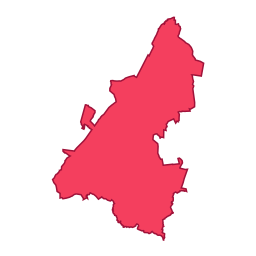 outline of Acambay de Ruíz Castañeda, México, Mexico, rotated 91°
{"feature_id": "50627088B16858103917717", "entity_name": "Acambay de Ruíz Castañeda", "entity_type": "district", "adm_level": 2, "iso_a3": "MEX", "parent_name": "Mexico", "parent_adm1": "México", "projection": "albers", "projection_center": [-99.804, 19.959], "detail": "fine", "context": "isolated", "style": "filled", "palette": "rose", "viewbox_px": 256, "rotation_deg": 91, "n_neighbors": 0, "source": "geoboundaries", "source_scale": "gbopen_adm2", "svg_char_len": 5779}
<svg xmlns="http://www.w3.org/2000/svg" viewBox="0 0 256 256"><g transform="rotate(91 128 128)"><path d="M105.6,61.8L101.3,61.8L87.5,63.9L84.8,63.0L83.3,64.2L80.4,63.3L77.9,64.1L74.1,64.7L73.8,65.0L73.7,63.9L74.8,55.6L61.9,53.5L60.1,56.9L58.8,61.8L57.8,62.2L57.4,62.1L56.9,62.7L56.4,62.9L55.0,64.2L54.3,64.4L53.8,64.9L50.1,64.6L47.1,65.8L45.8,66.6L43.4,68.7L41.6,72.1L40.7,72.7L37.8,76.8L37.5,77.5L36.0,79.3L35.4,79.5L34.7,79.5L33.9,78.9L32.4,78.4L30.5,78.1L30.2,77.8L27.8,77.1L27.2,77.4L25.6,77.7L24.9,78.9L23.0,79.4L23.6,81.6L23.3,82.4L19.4,82.5L19.3,83.7L16.6,83.6L16.6,84.5L18.0,87.3L18.4,89.8L18.8,90.5L19.2,90.2L19.7,90.6L19.8,90.5L20.5,91.5L20.2,91.9L21.4,93.1L21.5,92.9L22.1,93.3L22.5,93.0L23.5,93.5L23.0,94.4L24.2,96.3L26.7,97.9L28.0,98.5L28.1,99.2L28.3,99.3L30.3,99.5L31.7,100.2L34.0,101.0L37.8,103.0L39.7,103.7L40.6,104.3L41.3,104.5L42.6,105.3L43.6,105.4L43.9,105.0L45.8,103.8L48.7,104.9L49.5,105.4L55.6,108.2L54.6,109.2L77.2,120.3L76.1,122.6L75.4,122.8L76.8,127.8L78.0,131.0L78.3,131.6L79.5,132.9L81.2,136.1L81.1,137.4L81.3,139.8L81.2,141.8L81.1,143.1L80.8,143.9L81.0,146.0L81.8,146.2L82.6,145.7L84.4,145.7L85.0,145.2L88.6,146.8L91.2,146.8L94.7,142.5L96.9,141.9L98.6,141.0L102.0,140.3L105.5,144.8L107.9,147.5L114.7,152.3L116.4,154.5L117.0,154.8L117.2,155.2L118.0,155.7L119.0,156.2L120.1,157.5L122.4,158.5L122.7,158.9L126.5,161.5L124.8,162.8L121.8,165.9L120.3,165.3L118.5,163.9L118.1,163.5L117.4,163.1L117.0,163.2L116.8,163.0L116.2,163.0L115.3,162.4L114.8,162.4L113.3,161.3L111.3,161.3L108.4,165.2L107.4,167.6L106.2,168.1L106.4,168.7L105.7,169.7L105.6,171.0L122.8,175.4L124.6,174.6L124.9,174.8L127.4,173.2L129.1,174.0L130.0,172.1L129.1,171.7L128.8,172.0L128.6,171.9L128.3,172.2L127.7,171.5L127.2,172.3L125.9,171.4L125.6,172.0L125.0,171.5L126.6,168.1L127.2,168.4L128.4,166.5L128.8,166.6L130.3,164.1L139.1,170.0L141.3,171.7L148.7,178.8L151.0,180.7L152.0,181.1L150.7,192.6L152.3,192.6L152.7,192.2L152.8,191.8L153.4,191.6L153.6,191.1L154.0,190.9L154.1,190.5L154.0,190.1L154.6,189.0L156.2,186.9L157.0,185.3L159.2,188.6L161.2,189.8L161.7,190.4L162.3,190.3L164.4,191.0L167.7,193.7L170.9,193.9L171.1,194.8L171.6,195.2L171.6,195.5L171.8,195.4L172.2,195.9L174.0,196.8L174.1,197.2L175.2,198.1L175.7,199.1L176.7,199.8L179.2,200.9L180.8,202.5L183.9,201.2L186.4,199.1L188.8,198.5L192.7,197.8L194.5,194.8L199.2,194.7L198.8,193.5L198.8,193.0L199.1,192.4L199.9,191.9L199.2,188.5L198.2,185.1L197.5,183.9L197.0,182.6L195.5,180.8L194.9,179.0L194.9,178.0L195.5,173.8L199.0,171.5L199.9,171.3L200.4,171.4L198.5,168.1L199.2,167.2L197.8,167.5L197.3,168.4L196.9,168.6L196.3,167.7L195.9,168.1L195.5,167.7L195.2,167.1L195.3,166.4L195.2,165.6L193.5,164.7L194.9,161.8L194.9,161.2L195.2,160.8L196.9,158.7L199.7,156.3L197.4,153.1L197.9,152.9L198.0,152.3L199.0,151.2L199.2,150.4L199.0,149.8L199.2,149.0L200.5,147.1L201.3,144.4L200.7,143.4L200.1,143.1L201.6,141.3L202.4,141.0L202.6,141.1L203.1,140.9L203.8,140.2L204.5,141.1L205.1,141.4L206.8,141.2L207.5,141.6L208.4,141.8L208.9,141.5L209.4,142.0L210.0,141.5L210.3,142.1L210.7,142.0L210.6,141.8L211.1,141.6L211.4,141.2L212.0,141.6L212.4,141.6L213.8,141.0L214.3,140.2L215.5,139.8L215.4,139.4L216.1,138.1L216.6,138.2L218.0,137.4L219.5,137.1L219.8,137.1L220.2,137.5L220.5,137.3L221.1,136.2L221.7,136.4L222.3,136.3L222.6,136.0L222.7,134.6L221.5,134.1L221.4,133.8L222.1,133.7L222.8,134.0L223.3,133.9L223.9,133.4L224.0,133.0L225.0,132.7L225.1,131.8L226.0,131.1L226.1,130.8L226.8,131.2L227.2,131.0L227.3,130.3L226.9,129.8L226.5,128.3L227.2,127.5L226.9,127.2L226.8,126.2L227.0,125.3L227.4,125.0L227.3,124.5L226.9,123.8L226.9,122.8L227.3,122.0L226.8,120.3L225.9,119.2L225.9,118.7L224.6,118.2L223.8,117.5L223.9,117.1L224.4,116.2L225.3,115.8L226.3,115.8L226.7,116.3L228.6,116.8L229.1,116.2L230.6,112.3L230.3,111.0L230.4,110.8L230.6,110.5L231.1,110.7L231.5,110.5L232.2,109.8L232.3,106.8L232.4,106.2L233.2,105.1L232.4,103.3L231.8,103.0L231.1,102.2L231.5,102.0L231.6,101.4L232.3,100.8L233.1,99.5L233.0,99.1L233.6,97.8L233.5,97.6L233.7,97.3L234.2,97.1L234.7,96.1L234.6,94.5L235.2,92.7L237.2,91.1L237.5,91.2L238.0,90.9L238.3,91.0L238.5,90.7L239.3,90.7L239.4,90.4L238.3,90.3L237.6,90.0L237.5,89.7L236.5,89.4L235.8,89.8L233.2,89.5L232.8,90.0L232.3,91.4L231.7,92.0L231.2,91.7L229.3,91.4L228.8,92.1L228.6,91.7L228.1,91.7L227.6,92.0L226.8,91.5L225.8,91.2L225.5,90.6L225.0,91.2L224.3,91.3L223.7,91.0L222.5,91.6L222.0,91.3L220.3,91.6L219.7,91.5L219.2,91.7L218.8,91.1L218.2,89.7L217.8,89.8L216.6,88.1L215.8,87.3L215.7,86.7L214.9,85.8L214.8,84.9L214.2,84.1L213.8,83.7L213.5,83.8L212.6,82.7L212.2,82.6L212.5,81.9L212.1,81.3L211.9,81.3L211.0,82.2L209.1,82.9L207.4,83.8L206.4,84.1L205.7,83.9L203.1,82.0L202.8,82.0L202.3,82.4L202.7,82.7L202.4,83.2L201.4,83.3L200.9,83.0L200.9,82.7L200.5,81.9L199.4,81.5L196.6,81.6L196.4,81.7L196.2,82.3L193.2,81.1L192.9,81.4L192.0,80.6L191.2,79.2L192.2,77.7L191.7,77.3L191.7,76.8L191.2,76.2L190.9,75.3L190.2,75.2L190.2,74.7L189.7,73.9L189.8,72.1L189.6,71.7L189.6,71.2L189.7,70.8L190.1,70.8L190.2,70.4L190.0,69.2L190.4,68.3L187.9,68.9L187.0,73.7L181.6,71.9L177.8,71.0L168.2,67.8L168.5,70.0L167.2,75.4L166.9,75.5L165.5,74.9L161.9,72.9L161.3,73.2L160.3,73.1L159.6,73.4L158.3,74.6L157.2,76.1L157.6,77.5L162.9,76.0L163.7,82.6L163.4,82.7L164.6,92.1L158.5,93.4L158.7,94.8L156.8,95.9L156.3,96.4L155.0,96.7L152.7,97.8L145.9,97.6L143.2,98.0L139.2,102.9L134.6,102.5L133.6,100.6L133.3,99.0L134.3,98.4L134.9,97.1L136.0,96.4L136.1,96.0L137.5,95.8L137.5,95.5L136.7,94.9L136.6,93.6L137.0,92.2L129.2,92.2L129.8,89.9L128.2,90.3L125.9,89.5L125.9,89.0L123.5,89.8L122.4,88.8L120.8,88.0L118.1,82.5L122.3,80.4L121.7,80.0L120.5,79.5L120.8,78.1L120.3,78.3L119.7,77.1L116.4,77.1L113.5,76.9L111.2,78.1L110.6,76.9L110.8,75.3L110.6,74.3L110.3,74.2L110.4,71.0L110.3,70.7L110.0,66.2L107.8,66.9L108.1,65.9L105.6,61.8Z" fill="#f43f5e" stroke="#9f1239" stroke-width="1.5"/></g></svg>